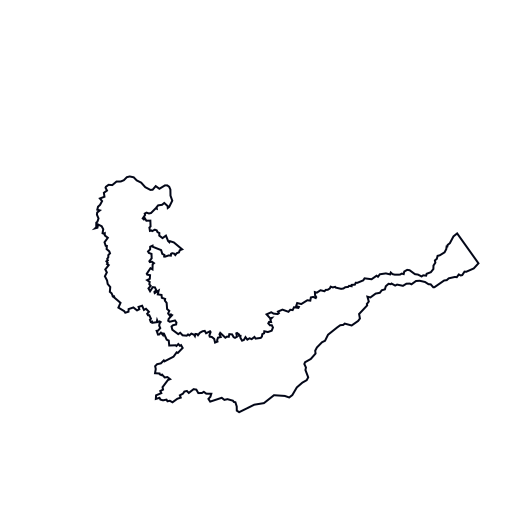 Montelíbano, Córdoba, Colombia (orthographic projection), rotated 230°
{"feature_id": "7082276B48843599795866", "entity_name": "Montelíbano", "entity_type": "district", "adm_level": 2, "iso_a3": "COL", "parent_name": "Colombia", "parent_adm1": "Córdoba", "projection": "orthographic", "projection_center": [-75.7, 7.765], "detail": "fine", "context": "isolated", "style": "outline", "palette": "ink", "viewbox_px": 512, "rotation_deg": 230, "n_neighbors": 0, "source": "geoboundaries", "source_scale": "gbopen_adm2", "svg_char_len": 6154}
<svg xmlns="http://www.w3.org/2000/svg" viewBox="0 0 512 512"><g transform="rotate(230 256 256)"><path d="M402.7,191.5L405.3,188.8L405.5,185.5L405.0,184.6L401.9,183.9L402.2,180.1L398.8,178.0L400.4,173.4L397.0,173.4L395.4,169.4L395.3,166.7L393.5,164.2L391.3,165.7L391.4,162.3L389.9,160.7L386.0,159.5L384.2,156.5L384.2,155.1L380.7,152.1L380.6,150.6L379.6,152.7L381.6,155.3L378.0,156.9L374.7,156.2L372.1,153.1L371.0,153.6L370.7,154.8L368.9,153.4L365.2,154.2L363.9,148.8L360.4,147.4L359.6,148.2L357.3,146.0L354.0,146.6L351.9,145.9L351.6,143.4L350.0,142.1L349.4,140.1L347.9,139.7L348.1,138.0L346.0,137.9L345.6,136.7L343.7,137.3L342.6,131.9L339.3,131.2L337.6,127.2L333.0,126.2L329.9,124.4L325.9,124.4L322.5,121.0L320.2,121.4L316.9,120.4L316.5,121.3L315.8,121.1L316.1,120.6L307.2,122.1L304.9,117.4L298.5,119.6L296.6,119.4L295.3,122.5L297.2,124.3L295.4,129.0L290.8,129.9L290.2,132.4L292.5,133.3L291.1,136.8L286.7,135.5L286.3,137.8L282.1,138.1L281.7,135.5L280.0,135.2L279.2,136.2L275.5,135.2L275.4,133.8L273.1,133.0L272.6,134.2L271.5,133.6L269.1,137.4L270.3,138.9L268.6,138.3L267.9,140.1L266.7,140.5L266.3,138.7L264.8,137.0L262.3,136.3L261.8,132.9L262.5,131.8L258.8,130.4L258.1,131.4L258.4,133.9L255.5,133.9L256.5,134.9L255.7,135.6L249.3,133.8L247.3,134.8L243.2,132.0L239.3,137.0L238.2,137.2L238.5,139.9L236.1,140.0L235.9,141.3L232.7,140.7L232.0,133.8L233.2,133.3L231.9,128.1L234.1,118.2L235.3,118.3L234.9,114.1L236.7,110.7L236.4,107.9L233.9,106.6L231.1,103.3L228.0,106.6L227.2,106.2L225.5,107.0L225.5,107.8L221.6,108.0L220.2,110.3L216.9,111.0L217.6,108.8L215.6,100.1L213.4,98.9L214.1,95.9L211.8,95.3L213.5,89.9L210.9,87.4L209.4,90.9L207.4,90.5L205.2,92.0L203.5,95.1L201.6,94.8L200.5,96.9L197.6,98.0L197.2,104.0L195.9,107.3L198.2,108.1L197.5,111.6L198.2,114.0L197.0,116.3L194.3,116.5L194.1,122.6L192.0,124.4L188.1,123.7L185.8,126.5L185.5,128.7L182.5,129.4L179.2,133.2L177.5,130.6L177.1,127.7L173.9,127.3L169.4,138.6L166.1,139.3L164.7,142.1L160.0,145.3L158.5,145.2L157.2,146.2L153.1,144.5L149.9,141.9L147.2,142.7L143.2,159.1L138.2,167.5L137.8,180.3L130.3,188.1L126.3,190.5L126.1,194.4L129.1,202.8L129.2,210.1L128.3,215.0L129.5,218.0L136.9,220.6L138.5,222.6L142.2,223.6L143.1,225.3L141.9,231.8L143.0,238.9L145.4,240.5L146.8,243.9L147.5,251.1L146.7,254.4L149.4,260.6L149.1,272.3L148.8,276.1L147.1,278.6L147.2,280.5L141.3,284.6L140.6,292.5L141.3,295.4L145.3,297.7L146.7,309.4L148.0,310.1L148.6,313.1L153.2,315.2L150.7,317.0L150.3,323.5L148.2,327.2L148.9,330.3L147.6,333.3L149.4,336.0L149.5,339.7L147.8,341.1L147.8,342.1L143.9,343.6L143.4,345.7L138.7,349.4L138.1,353.4L136.0,356.1L134.4,356.9L134.0,362.5L131.8,365.5L127.4,368.8L123.5,370.0L122.0,371.6L118.1,371.7L117.4,372.6L116.3,384.4L114.9,386.6L115.0,389.3L112.1,394.9L110.7,396.2L111.5,399.5L109.5,400.3L108.8,401.7L110.0,405.7L108.8,406.9L106.5,414.8L107.4,421.7L144.0,424.6L144.1,419.9L141.2,412.7L141.3,410.0L140.3,408.7L140.8,408.2L139.0,406.2L137.6,402.8L138.4,397.2L139.4,395.2L137.6,392.7L137.6,390.2L135.6,389.1L134.6,385.8L132.0,383.5L131.2,379.5L132.7,375.3L131.6,373.7L133.7,371.7L133.9,369.7L137.7,368.1L139.9,366.1L146.4,364.5L148.2,362.9L148.8,359.6L147.2,357.5L148.8,356.4L149.2,354.3L152.5,350.3L154.4,348.9L156.7,348.6L155.7,346.9L159.2,344.3L162.4,339.1L161.7,336.1L163.4,335.7L163.9,329.6L169.1,324.8L168.4,322.5L170.3,316.4L171.4,315.2L170.5,313.3L172.4,310.7L171.4,309.8L173.3,308.1L173.1,306.7L174.7,304.3L174.9,302.1L176.1,300.1L180.5,296.8L181.5,296.8L182.6,294.6L184.5,293.5L183.7,291.7L184.0,289.2L185.2,287.7L185.0,285.8L188.3,283.4L188.8,279.0L190.5,277.9L187.9,276.0L185.8,275.7L185.4,274.7L187.9,273.5L189.0,271.4L186.9,268.9L189.1,266.9L190.1,259.8L193.5,257.3L191.8,254.5L189.4,256.1L189.0,255.1L192.3,252.2L191.0,249.3L192.8,247.7L192.4,245.0L197.9,241.8L199.3,237.1L197.5,236.8L197.6,235.3L200.6,232.4L203.1,231.5L204.5,226.6L199.2,226.8L198.4,228.3L198.1,226.2L195.7,225.1L197.1,223.6L196.5,222.1L193.9,222.2L192.8,223.6L190.3,223.0L188.7,220.0L190.1,216.2L193.0,214.0L191.6,212.5L192.1,210.6L190.5,208.8L190.2,207.0L193.0,202.6L195.0,202.8L195.1,199.2L197.1,198.2L197.5,195.6L200.6,195.8L199.5,192.8L200.1,190.9L203.5,191.5L204.8,192.8L205.8,191.7L206.7,192.6L209.2,192.0L209.4,191.2L206.4,189.5L206.8,187.3L208.2,186.7L211.3,187.3L213.3,185.3L211.6,183.2L212.9,182.0L213.1,180.0L220.1,179.2L219.5,177.7L216.6,176.9L217.9,174.4L216.5,172.1L215.2,171.5L216.0,169.0L219.4,170.7L222.4,170.1L223.9,168.7L225.1,169.2L226.9,172.3L227.9,172.4L228.9,168.1L231.6,168.6L232.7,166.7L233.3,163.6L232.6,160.6L234.1,160.6L235.2,159.5L233.9,157.7L235.5,157.9L238.1,156.6L238.0,153.9L239.6,153.5L239.5,151.7L242.4,148.8L245.9,148.6L246.1,146.2L253.3,144.5L256.3,146.0L256.3,148.0L254.9,150.8L256.2,152.3L258.7,152.5L261.1,147.6L262.8,147.1L264.0,148.7L264.6,153.5L266.0,153.3L266.2,152.7L265.4,153.2L265.7,151.6L268.5,151.8L269.7,154.3L272.5,153.8L277.5,157.4L280.4,157.5L281.5,158.8L284.5,157.0L286.9,158.6L289.7,156.1L292.1,159.2L292.7,154.6L293.8,155.1L293.9,157.6L296.9,158.4L298.5,156.9L297.1,152.2L300.3,152.8L300.8,156.1L302.9,156.1L304.5,157.9L307.5,157.1L306.8,160.0L309.4,162.5L311.6,160.7L312.6,160.9L314.5,167.3L312.3,168.1L316.1,171.5L316.1,173.2L318.5,172.6L319.6,170.8L320.6,171.0L321.3,174.6L324.8,177.3L327.2,175.9L328.9,176.2L329.1,179.1L331.1,180.9L330.4,183.4L329.5,182.8L321.5,187.1L317.9,185.6L315.7,186.5L314.6,185.3L314.0,185.8L312.5,189.6L311.0,191.0L312.3,192.4L312.0,193.6L310.4,194.8L308.6,194.8L309.1,197.0L308.3,199.3L309.4,201.3L308.6,203.7L319.2,201.8L322.7,199.6L322.2,198.5L324.0,198.3L329.5,200.1L329.8,195.9L333.8,195.0L335.7,196.7L337.6,195.9L339.5,196.4L341.2,195.4L341.8,192.5L342.8,192.3L343.4,190.9L346.3,192.6L346.4,194.2L351.0,197.8L353.5,194.7L356.4,195.1L356.1,193.6L357.6,193.4L358.7,197.4L360.0,198.0L359.6,200.0L357.4,201.3L356.4,203.2L357.0,209.9L356.0,210.4L357.3,211.3L357.7,213.6L355.6,216.9L355.6,219.8L351.1,220.4L349.5,219.3L349.4,221.0L352.2,227.4L357.2,229.3L361.9,233.1L364.8,234.0L367.1,233.4L368.6,231.7L369.6,225.2L374.0,224.1L373.2,219.4L374.5,217.6L379.9,215.4L386.0,215.2L390.6,213.2L394.9,212.9L398.1,210.4L399.4,207.7L399.0,203.5L400.0,200.3L402.7,197.0L402.7,191.5Z" fill="none" stroke="#020617" stroke-width="2"/></g></svg>